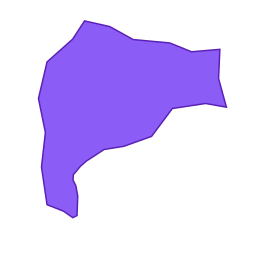 an SVG outline of Wokingham, rotated 190°
{"feature_id": "GBR-5701", "entity_name": "Wokingham", "entity_type": "Unitary Authority", "adm_level": 1, "iso_a3": "GBR", "parent_name": "United Kingdom", "parent_adm1": "", "projection": "equal_earth", "projection_center": [-0.911, 51.451], "detail": "fine", "context": "isolated", "style": "filled", "palette": "violet", "viewbox_px": 256, "rotation_deg": 190, "n_neighbors": 0, "source": "natural_earth", "source_scale": "10m", "svg_char_len": 502}
<svg xmlns="http://www.w3.org/2000/svg" viewBox="0 0 256 256"><g transform="rotate(190 128 128)"><path d="M101.6,219.0L78.7,214.1L51.2,221.4L47.4,192.4L34.7,165.6L55.9,165.6L87.7,154.9L103.3,123.9L129.0,109.2L147.8,102.7L163.1,88.4L168.1,82.2L173.7,72.5L173.1,67.2L169.3,62.0L165.7,52.3L163.0,32.9L166.8,30.1L177.1,34.9L194.4,38.4L206.4,74.5L208.6,109.3L221.3,141.5L219.2,179.0L198.0,205.8L189.4,225.9L163.6,224.7L138.3,216.0L101.6,219.0Z" fill="#8b5cf6" stroke="#5b21b6" stroke-width="1.5"/></g></svg>